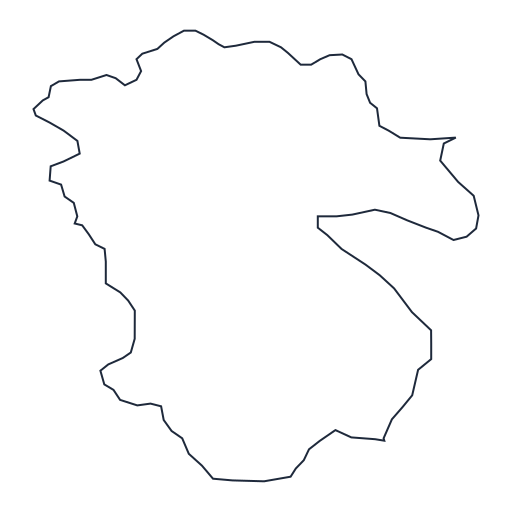 outline of Västervik, Kalmar, Sweden
{"feature_id": "70781695B21983327863025", "entity_name": "Västervik", "entity_type": "district", "adm_level": 2, "iso_a3": "SWE", "parent_name": "Sweden", "parent_adm1": "Kalmar", "projection": "robinson", "projection_center": [16.379, 57.852], "detail": "fine", "context": "isolated", "style": "outline", "palette": "slate", "viewbox_px": 512, "rotation_deg": 0, "n_neighbors": 0, "source": "geoboundaries", "source_scale": "gbopen_adm2", "svg_char_len": 1602}
<svg xmlns="http://www.w3.org/2000/svg" viewBox="0 0 512 512"><path d="M384.3,440.7L383.6,438.3L391.9,419.3L402.7,406.9L412.2,395.3L418.1,369.8L431.2,359.1L431.2,343.5L431.1,330.3L412.0,312.2L394.1,288.4L379.8,275.3L365.5,264.6L341.6,249.0L327.3,235.1L317.8,227.7L317.8,216.3L336.8,216.3L352.3,214.6L374.9,209.7L390.4,213.0L407.1,220.3L426.1,227.7L438.0,231.8L453.5,240.0L466.6,236.7L476.1,228.5L478.5,215.4L473.7,195.8L458.1,181.9L440.2,160.6L443.8,143.5L455.8,137.6L430.3,139.3L400.2,137.7L388.6,130.6L379.4,125.8L377.0,108.3L370.1,102.8L366.6,94.1L365.4,81.4L358.5,74.3L351.5,59.2L342.3,54.5L329.6,55.2L320.3,59.2L311.1,64.7L300.7,64.7L287.9,52.9L281.0,47.3L269.5,41.8L263.8,41.8L254.4,41.8L235.9,45.7L224.4,47.3L218.6,44.2L212.8,40.2L203.6,34.7L195.5,30.7L183.9,30.7L173.5,36.3L164.3,42.6L157.4,48.9L142.3,53.7L136.5,59.2L141.1,71.1L136.5,79.8L124.9,85.3L115.7,78.2L106.5,75.0L91.4,79.8L79.9,79.8L59.0,81.4L51.3,85.9L50.9,86.1L48.6,97.2L42.8,100.4L33.5,109.1L35.8,115.5L49.7,122.6L63.6,130.6L77.4,140.9L79.7,153.6L63.5,161.5L50.7,166.3L49.6,180.6L61.1,184.6L64.6,196.5L73.8,202.9L77.3,216.4L74.7,223.5L82.2,225.3L88.8,234.3L95.3,244.3L104.6,248.9L105.8,261.6L105.8,283.4L120.3,292.4L128.2,300.6L134.8,310.6L134.7,338.8L130.8,352.5L122.8,358.0L108.3,364.4L100.4,370.7L104.3,384.4L113.5,389.9L120.1,399.9L137.3,405.4L150.5,403.6L161.1,406.3L163.7,420.0L171.6,431.0L182.2,438.3L188.8,453.8L202.0,465.7L213.0,478.7L232.4,480.4L264.1,481.3L290.6,476.7L295.8,468.5L303.8,460.2L309.0,449.3L319.6,441.0L335.4,430.1L351.3,437.4L375.1,439.2L384.3,440.7Z" fill="none" stroke="#1e293b" stroke-width="2"/></svg>